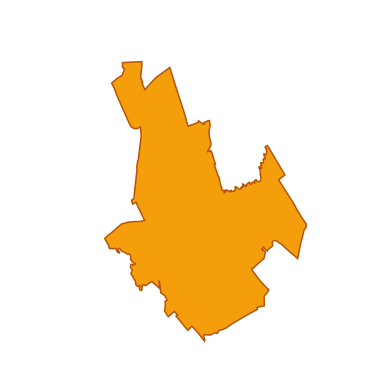 Krāslava, Kraslavas, Latvia, rotated 71°
{"feature_id": "27541924B97112001727549", "entity_name": "Krāslava", "entity_type": "district", "adm_level": 2, "iso_a3": "LVA", "parent_name": "Latvia", "parent_adm1": "Kraslavas", "projection": "natural_earth1", "projection_center": [27.168, 55.899], "detail": "fine", "context": "isolated", "style": "filled", "palette": "amber", "viewbox_px": 384, "rotation_deg": 71, "n_neighbors": 0, "source": "geoboundaries", "source_scale": "gbopen_adm2", "svg_char_len": 6021}
<svg xmlns="http://www.w3.org/2000/svg" viewBox="0 0 384 384"><g transform="rotate(71 192 192)"><path d="M207.6,289.7L215.0,288.3L215.2,288.2L215.7,288.2L217.8,288.6L218.7,288.2L219.0,287.7L218.9,287.2L219.7,285.9L220.0,284.7L220.0,283.6L220.1,283.3L220.3,283.0L220.6,282.7L221.0,282.5L221.5,282.4L222.4,282.5L224.7,281.9L225.4,281.3L225.9,280.7L226.0,280.4L225.8,280.2L225.5,280.2L223.2,280.8L222.6,280.7L221.8,280.2L221.7,279.6L221.9,279.2L222.3,278.6L223.1,278.4L224.8,277.7L225.1,277.4L225.5,276.9L226.3,276.5L226.9,275.6L227.9,274.7L228.9,273.9L229.5,273.6L229.8,273.1L229.9,272.3L230.1,271.9L230.4,271.5L231.0,271.0L231.6,270.9L233.0,270.9L234.4,271.3L235.2,271.8L235.5,271.9L235.9,272.0L236.5,271.9L237.1,271.7L238.7,270.8L240.0,270.4L240.4,270.0L241.0,269.0L241.3,268.9L241.6,268.9L241.8,269.2L241.9,271.4L241.4,272.0L240.6,272.6L240.4,272.9L241.0,273.7L241.8,274.2L242.7,274.5L243.6,274.6L244.4,274.5L245.6,273.8L246.4,273.7L246.7,273.9L247.4,274.8L248.1,275.5L248.7,276.0L249.2,276.2L249.7,276.3L250.4,276.2L252.0,275.5L252.3,275.4L253.5,275.6L253.8,275.6L254.5,275.5L256.5,274.7L257.9,274.9L258.8,274.7L259.9,274.9L260.9,275.2L261.6,275.2L262.3,274.9L263.3,274.3L263.8,273.8L264.0,273.3L264.0,272.8L263.7,272.5L263.3,272.3L263.2,272.2L263.4,272.0L264.3,272.0L264.5,272.1L265.2,272.6L266.8,273.3L267.3,273.3L267.9,272.9L268.1,272.6L268.4,272.0L268.6,272.0L268.6,271.5L265.1,269.9L263.9,269.2L263.9,268.3L265.5,266.4L263.5,259.3L269.6,255.6L272.4,254.1L265.7,252.3L266.8,251.9L277.1,254.4L281.1,251.5L286.1,250.6L286.6,253.0L288.9,253.5L295.8,256.6L302.2,255.1L299.3,247.6L303.7,245.6L304.0,247.5L321.5,241.0L318.9,235.9L326.2,232.5L332.6,230.3L337.0,228.8L336.0,228.0L332.4,227.9L330.9,227.4L332.3,223.3L333.2,221.6L332.6,216.7L333.8,214.2L333.3,213.1L332.1,212.5L331.9,211.4L331.7,209.4L332.1,208.3L331.6,203.4L329.6,196.8L327.2,185.1L326.0,178.8L324.3,168.4L324.1,168.3L322.2,168.2L323.1,160.7L314.0,157.7L312.1,154.4L310.7,152.4L309.3,151.2L306.5,152.8L301.4,155.1L296.5,157.1L285.5,160.7L283.9,160.6L283.8,160.2L284.3,160.1L283.4,158.2L283.6,158.1L282.2,155.0L279.6,148.8L278.2,145.5L272.8,142.2L270.0,143.4L270.5,144.2L268.8,144.6L267.8,142.9L267.4,142.5L272.3,140.3L271.7,139.9L269.0,133.1L266.9,132.8L266.5,132.8L266.1,132.7L265.6,132.2L264.8,131.1L264.6,130.3L264.6,129.9L265.1,128.9L265.7,128.1L266.3,127.6L268.6,126.2L269.5,125.1L270.3,124.6L271.6,123.9L273.2,122.9L275.1,122.0L283.8,117.1L287.3,114.8L289.4,113.9L287.0,112.4L274.9,105.3L274.6,105.1L267.1,100.0L265.2,99.0L263.2,96.7L263.1,96.4L262.6,95.5L261.3,95.5L259.9,94.3L251.2,96.7L241.7,98.7L237.4,99.3L209.5,105.9L208.6,105.9L206.1,98.6L173.1,105.4L173.2,105.5L173.1,106.0L172.7,106.6L172.6,106.8L173.2,107.9L173.5,108.2L173.9,108.4L174.2,108.4L174.7,108.2L175.4,107.6L175.9,107.5L176.2,107.7L176.4,108.0L176.7,108.1L177.7,108.2L178.9,108.7L180.8,109.6L180.8,109.8L179.4,111.4L179.3,111.6L179.8,111.7L181.6,112.0L182.0,112.0L183.3,111.6L183.7,111.6L184.1,111.7L184.4,111.9L184.6,112.1L184.5,112.3L184.1,112.7L183.9,113.1L183.9,113.3L184.4,114.0L184.6,114.2L186.7,114.5L187.2,114.8L187.5,115.0L187.5,115.5L187.3,116.2L186.7,117.1L186.7,117.4L186.9,117.7L187.3,117.9L188.6,117.4L189.0,117.3L189.3,117.4L189.4,117.6L189.2,118.3L189.3,118.5L189.6,118.8L190.0,118.9L190.3,118.9L191.0,118.5L191.4,118.3L191.7,118.3L192.0,118.4L192.2,118.7L192.3,119.4L192.3,119.6L192.1,119.9L191.8,120.1L190.4,120.3L190.2,120.4L190.4,120.7L190.6,120.8L191.0,120.8L192.1,120.5L192.9,120.5L196.1,121.1L196.9,121.4L197.1,121.5L197.6,121.8L198.1,121.9L200.3,122.1L201.5,122.3L202.1,122.5L202.8,122.8L203.1,123.2L203.6,123.6L203.9,124.3L204.0,124.7L203.8,125.6L203.5,126.4L203.2,126.8L202.7,127.1L201.6,127.2L201.2,127.4L201.1,127.6L201.6,128.8L201.7,129.0L203.9,129.8L204.0,129.9L203.8,130.1L202.2,130.7L202.1,130.9L204.1,134.0L203.9,134.3L203.6,134.4L202.5,134.3L201.6,134.3L201.5,134.6L201.7,135.7L202.4,137.0L202.3,137.4L202.6,138.2L204.3,138.9L204.2,139.5L203.5,140.0L202.7,140.1L200.9,141.3L201.0,141.6L202.4,141.7L203.5,142.1L203.9,142.9L203.1,143.2L203.2,143.4L203.9,143.7L203.9,144.4L204.6,144.8L205.0,145.5L204.9,145.9L204.2,147.0L203.2,147.6L201.5,148.5L201.1,148.8L201.1,149.2L201.4,149.5L201.5,149.8L202.1,149.7L202.7,149.9L203.4,150.2L203.6,150.4L203.7,150.7L204.1,150.9L204.8,151.2L205.1,151.5L205.1,152.3L204.6,152.7L204.4,153.8L204.1,154.0L203.4,154.3L203.1,154.5L203.3,155.0L204.4,155.5L204.3,155.9L204.2,156.1L203.9,156.4L203.3,156.5L203.1,156.7L202.8,157.3L202.5,157.5L202.1,157.8L201.8,158.3L201.5,158.6L201.3,158.9L201.2,159.1L201.2,159.3L201.6,159.5L202.2,159.5L202.4,159.7L202.5,159.8L202.7,160.3L203.3,161.9L203.5,162.1L203.9,162.3L202.7,161.6L201.1,160.7L200.4,162.9L196.2,162.5L194.6,162.7L192.1,162.4L191.4,162.3L186.9,161.6L184.5,162.1L173.4,162.0L173.5,160.8L160.3,160.4L160.4,160.8L158.8,161.1L158.9,164.1L158.6,164.0L158.3,163.7L155.7,160.7L154.6,159.5L154.1,159.1L153.2,158.5L152.3,158.2L150.8,158.0L147.1,157.8L145.7,157.6L142.6,156.9L140.1,156.1L139.0,155.5L137.4,154.5L134.9,153.2L133.7,152.9L130.2,152.3L129.8,153.2L130.2,158.1L131.0,158.1L132.0,158.6L132.0,158.8L126.8,162.7L128.2,163.7L128.4,168.6L128.5,174.3L113.6,173.5L91.0,173.1L67.0,172.5L71.4,186.6L72.1,188.7L72.7,190.1L74.7,193.9L77.4,198.8L79.9,203.2L72.5,203.8L72.7,203.2L68.8,202.9L68.6,203.5L67.3,203.3L66.3,203.0L64.9,202.4L63.5,201.6L62.1,201.1L57.4,198.8L52.4,197.0L49.3,207.7L47.0,215.6L51.4,217.1L53.4,215.8L54.2,216.2L58.7,219.9L59.4,222.3L60.4,226.4L61.2,228.0L62.9,232.5L68.7,231.7L76.2,231.6L106.3,229.0L110.2,228.5L112.5,226.7L113.7,225.2L114.2,223.6L113.9,219.6L123.2,222.0L125.3,223.2L143.9,232.2L145.0,233.3L150.3,236.0L151.2,236.4L152.5,236.6L153.5,237.0L168.8,244.2L169.2,244.9L170.5,245.0L176.2,247.7L179.3,249.0L180.1,251.9L184.1,252.0L183.4,248.4L197.6,246.8L203.5,245.9L203.0,250.3L202.3,253.0L201.5,255.1L201.1,256.9L200.6,258.7L200.1,260.3L199.6,264.2L199.5,266.5L199.3,268.8L201.3,274.3L202.9,277.7L203.6,280.0L204.6,282.0L205.0,283.2L205.1,284.2L205.7,285.8L206.5,287.3L207.6,289.7Z" fill="#f59e0b" stroke="#b45309" stroke-width="1.5"/></g></svg>